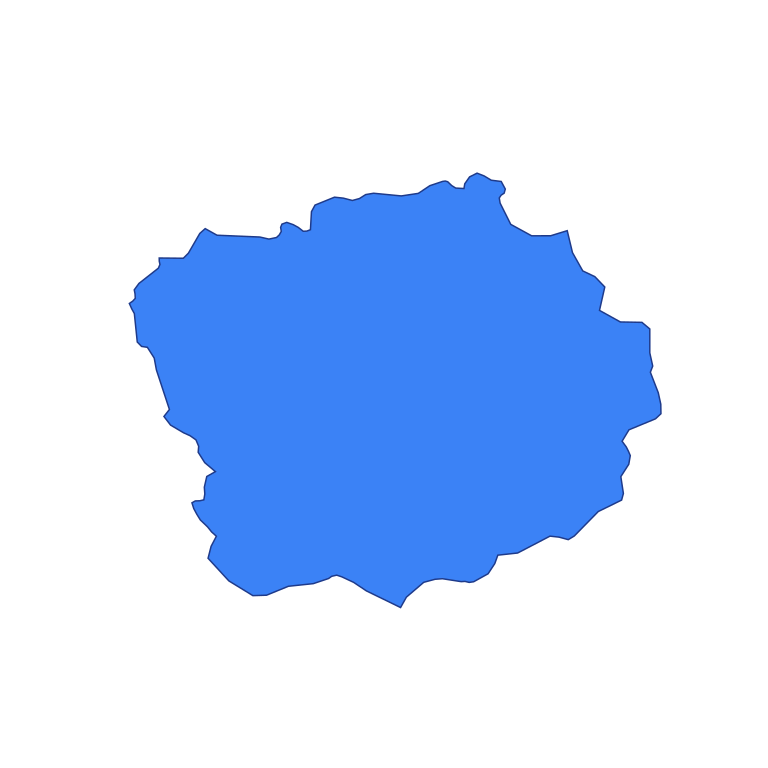 the border of Kuyavian-Pomeranian, rotated 143°
{"feature_id": "POL-3145", "entity_name": "Kuyavian-Pomeranian", "entity_type": "Voivodeship", "adm_level": 1, "iso_a3": "POL", "parent_name": "Poland", "parent_adm1": "", "projection": "mercator", "projection_center": [18.543, 52.987], "detail": "fine", "context": "isolated", "style": "filled", "palette": "blue", "viewbox_px": 768, "rotation_deg": 143, "n_neighbors": 0, "source": "natural_earth", "source_scale": "10m", "svg_char_len": 1923}
<svg xmlns="http://www.w3.org/2000/svg" viewBox="0 0 768 768"><g transform="rotate(143 384 384)"><path d="M629.4,350.7L619.8,358.4L609.5,363.3L610.7,369.6L610.9,376.1L612.5,385.9L611.9,392.5L610.9,399.0L608.9,404.7L605.1,404.2L601.4,401.6L597.6,399.9L593.3,404.0L589.6,409.7L581.2,416.8L571.4,415.5L574.5,429.1L573.5,441.3L569.5,445.8L567.8,452.5L570.0,459.4L573.4,465.6L579.2,479.6L579.3,490.5L570.7,492.8L557.3,532.2L551.9,543.0L550.9,555.7L555.0,559.9L555.8,566.0L541.0,590.5L540.2,596.0L538.9,601.6L534.9,601.4L531.1,602.1L528.6,605.8L526.8,609.5L519.2,611.8L494.5,612.3L491.0,614.3L489.6,617.3L487.7,619.9L468.6,605.2L461.5,606.2L440.5,615.1L433.3,615.7L427.8,603.3L394.7,576.1L388.7,569.0L381.7,565.7L377.9,566.1L374.2,567.7L372.3,571.3L369.3,573.1L364.4,571.6L360.6,565.9L358.2,560.6L356.6,554.6L353.7,552.6L349.9,551.5L338.2,565.3L331.4,568.4L311.1,563.0L304.6,556.9L298.8,549.6L292.0,546.9L284.6,546.3L277.5,542.6L257.0,523.8L241.9,515.6L228.0,514.8L215.2,510.5L212.9,509.2L211.4,507.2L210.5,501.7L208.8,497.3L202.5,492.0L199.0,495.3L191.0,497.9L182.8,496.4L178.8,489.9L175.7,482.2L168.5,475.2L169.8,466.7L173.2,464.1L176.8,464.3L180.0,463.2L182.4,458.6L186.7,435.2L176.9,413.5L161.7,402.1L145.4,396.2L154.4,375.5L157.2,354.7L151.0,342.8L149.3,328.6L167.6,313.1L157.9,291.3L140.9,278.0L138.6,268.0L153.0,248.9L158.6,236.6L164.2,233.1L170.2,212.0L175.1,201.3L180.7,193.6L188.1,192.8L215.9,200.0L228.3,195.0L228.4,187.9L229.3,183.0L230.4,178.6L236.8,172.6L250.6,167.5L258.7,152.5L264.1,148.3L289.6,153.2L323.5,148.1L330.5,148.8L336.4,156.4L343.0,162.6L379.0,168.6L396.1,178.8L403.6,173.9L415.1,169.8L431.4,172.1L435.4,174.3L438.1,177.6L441.3,179.7L454.5,193.3L460.7,197.3L471.6,201.7L494.4,200.3L505.3,195.5L522.6,229.4L527.6,243.8L533.7,255.3L536.8,259.8L541.5,261.9L545.3,262.0L560.6,267.1L582.1,280.0L604.9,286.0L616.1,293.9L626.4,320.1L629.4,350.7Z" fill="#3b82f6" stroke="#1e3a8a" stroke-width="1.5"/></g></svg>